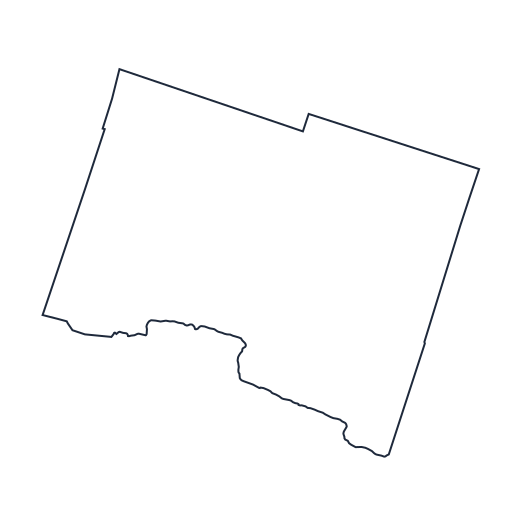 Koochiching, Minnesota, United States of America (Robinson projection), rotated 198°
{"feature_id": "52423323B71326746759120", "entity_name": "Koochiching", "entity_type": "district", "adm_level": 2, "iso_a3": "USA", "parent_name": "United States of America", "parent_adm1": "Minnesota", "projection": "robinson", "projection_center": [-93.793, 48.279], "detail": "fine", "context": "isolated", "style": "outline", "palette": "slate", "viewbox_px": 512, "rotation_deg": 198, "n_neighbors": 0, "source": "geoboundaries", "source_scale": "gbopen_adm2", "svg_char_len": 2428}
<svg xmlns="http://www.w3.org/2000/svg" viewBox="0 0 512 512"><g transform="rotate(198 256 256)"><path d="M440.7,133.9L425.7,134.9L415.8,135.4L415.3,134.9L414.1,133.7L407.6,128.7L394.5,128.6L368.8,134.3L368.6,134.3L368.3,134.9L367.2,138.1L367.2,138.9L366.9,139.3L366.6,139.5L366.3,139.5L364.7,138.7L363.4,140.7L363.2,141.1L362.2,141.8L358.7,141.8L355.6,142.4L354.5,142.2L353.2,140.9L353.0,140.3L352.8,140.3L351.8,140.6L350.3,141.6L347.1,143.1L346.4,143.7L344.7,145.3L343.5,145.9L336.4,146.5L336.1,146.9L335.9,148.0L337.1,152.7L338.4,155.1L338.5,157.0L338.1,159.2L337.4,160.9L336.1,162.3L335.5,162.6L331.6,163.5L326.5,164.2L322.2,166.4L321.3,166.7L317.6,167.2L315.3,168.1L313.4,168.6L309.3,168.5L304.8,169.3L304.1,169.3L302.1,168.5L300.3,168.5L299.2,169.1L297.7,170.4L297.1,170.7L295.8,171.0L295.2,170.9L293.7,170.2L292.5,169.3L291.4,167.7L290.7,167.7L289.8,168.1L288.9,168.9L288.1,170.7L287.2,171.9L286.8,172.2L286.1,172.5L283.0,173.1L278.0,172.9L273.5,173.5L272.5,173.4L270.1,172.6L268.4,172.3L264.4,172.5L262.0,172.3L259.4,172.5L256.3,173.3L255.3,173.2L253.4,173.0L251.0,173.1L247.5,173.2L244.7,173.0L243.9,172.2L242.8,171.4L239.8,169.9L239.0,169.3L238.1,168.1L238.0,167.2L238.1,166.5L238.3,166.1L239.8,164.4L240.1,163.8L240.1,162.7L239.8,161.4L239.8,160.9L240.7,159.0L241.3,157.0L241.7,154.7L241.7,154.0L241.3,151.4L241.0,150.5L239.9,148.9L238.1,145.2L237.6,142.3L236.9,140.4L236.5,139.8L235.4,139.0L233.7,134.9L232.8,134.1L231.9,133.6L231.0,133.3L228.9,133.1L219.1,132.8L212.3,131.5L211.5,131.6L211.2,132.2L210.8,132.3L208.0,132.7L203.2,132.3L200.4,131.8L198.6,130.8L197.9,130.6L194.2,130.4L190.5,129.7L187.5,128.6L185.8,128.5L179.5,129.3L177.8,129.2L175.7,128.4L173.2,128.2L171.0,128.5L169.9,128.3L169.5,127.5L167.9,127.5L166.4,128.1L162.4,128.3L160.0,127.5L157.2,128.1L152.7,128.0L149.2,127.6L144.0,127.6L141.2,126.8L135.4,125.9L132.4,125.7L128.2,126.3L125.5,126.3L122.9,125.3L119.9,124.9L119.2,124.6L118.3,123.9L118.2,123.8L117.1,122.1L117.1,121.2L118.2,116.2L118.1,114.4L117.6,113.4L116.1,111.4L115.5,109.9L114.4,109.0L111.6,108.6L109.6,106.7L107.1,105.9L102.2,105.0L96.6,107.0L92.7,107.4L89.8,107.1L85.5,106.3L82.8,105.0L81.2,104.5L79.9,104.4L75.0,104.9L72.3,104.8L71.6,105.0L70.9,105.5L70.1,106.7L68.4,108.3L68.4,225.0L69.3,226.3L71.1,347.8L71.0,377.0L70.7,407.6L249.8,407.4L249.9,389.0L443.6,391.5L441.5,361.1L441.2,329.8L439.1,329.9L439.3,266.1L440.7,133.9Z" fill="none" stroke="#1e293b" stroke-width="2"/></g></svg>